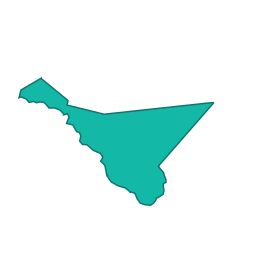 Esperance, Soufrière, Saint Lucia (Mercator projection), rotated 157°
{"feature_id": "8701671B42907640167452", "entity_name": "Esperance", "entity_type": "district", "adm_level": 2, "iso_a3": "LCA", "parent_name": "Saint Lucia", "parent_adm1": "Soufrière", "projection": "mercator", "projection_center": [-61.035, 13.845], "detail": "fine", "context": "isolated", "style": "filled", "palette": "teal", "viewbox_px": 256, "rotation_deg": 157, "n_neighbors": 0, "source": "geoboundaries", "source_scale": "gbopen_adm2", "svg_char_len": 1081}
<svg xmlns="http://www.w3.org/2000/svg" viewBox="0 0 256 256"><g transform="rotate(157 128 128)"><path d="M39.5,117.6L39.5,117.8L40.9,118.6L144.6,150.0L145.0,150.3L174.6,172.5L175.2,172.9L172.5,176.7L188.5,207.3L188.3,207.8L211.6,204.8L216.5,198.4L214.4,198.5L210.3,194.4L209.0,190.2L204.5,189.3L202.3,187.0L199.2,186.5L195.6,184.7L194.2,181.9L192.9,177.3L187.5,175.0L183.5,170.9L181.6,165.7L182.0,165.2L181.4,165.1L178.0,164.8L178.0,163.2L178.0,161.1L182.8,156.2L180.2,154.3L177.6,152.4L176.7,144.7L174.5,142.9L174.5,139.2L177.6,134.7L176.3,130.6L172.3,128.7L168.7,121.0L163.4,115.5L162.5,111.0L166.1,108.2L165.4,106.5L163.9,102.8L165.9,92.9L165.5,93.2L165.5,89.4L164.4,84.7L159.6,78.6L153.9,73.9L151.9,70.2L151.0,67.8L150.1,67.9L147.2,65.2L147.1,63.2L147.2,59.1L146.1,54.2L142.9,51.1L140.8,49.9L137.6,48.2L134.5,48.6L131.8,49.9L129.0,52.2L124.4,52.7L122.6,53.1L121.5,53.3L119.2,56.6L118.4,60.0L117.2,62.9L114.9,63.1L114.3,63.1L113.2,65.8L113.2,69.8L112.7,72.9L113.7,76.3L115.1,80.6L113.7,81.2L114.8,81.1L39.5,117.6Z" fill="#14b8a6" stroke="#0f766e" stroke-width="1.5"/></g></svg>